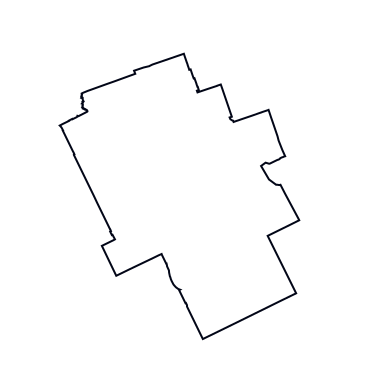 Hindmarsh, Victoria, Australia, rotated 154°
{"feature_id": "25037944B30828491037515", "entity_name": "Hindmarsh", "entity_type": "district", "adm_level": 2, "iso_a3": "AUS", "parent_name": "Australia", "parent_adm1": "Victoria", "projection": "orthographic", "projection_center": [141.947, -36.033], "detail": "fine", "context": "isolated", "style": "outline", "palette": "ink", "viewbox_px": 384, "rotation_deg": 154, "n_neighbors": 0, "source": "geoboundaries", "source_scale": "gbopen_adm2", "svg_char_len": 4174}
<svg xmlns="http://www.w3.org/2000/svg" viewBox="0 0 384 384"><g transform="rotate(154 192 192)"><path d="M108.0,119.6L108.0,121.2L109.1,150.0L109.3,159.7L110.4,159.9L112.7,161.5L113.2,161.6L117.3,169.5L118.5,185.1L113.0,186.1L110.3,183.6L109.6,183.4L101.1,183.4L100.2,183.2L98.9,183.2L97.8,183.7L96.1,183.7L95.1,183.5L93.9,183.5L92.6,183.3L92.4,190.0L91.6,200.3L90.7,204.6L89.5,214.0L88.6,221.3L88.3,223.9L87.2,232.2L87.3,232.2L93.3,233.0L104.6,234.3L116.4,235.8L119.0,236.1L121.1,236.4L123.0,236.6L123.9,236.7L123.7,238.0L123.8,238.1L124.3,238.4L125.6,240.6L125.5,242.5L123.2,242.2L123.1,243.1L119.5,271.7L119.0,276.0L123.0,276.5L123.1,276.4L124.4,276.6L132.5,277.7L143.4,279.1L143.2,280.9L141.2,280.7L140.7,284.0L141.0,284.1L140.7,286.8L140.6,287.0L140.3,289.5L139.9,293.2L140.7,293.3L140.3,296.9L139.9,299.9L139.8,300.6L139.5,302.8L140.9,303.0L140.8,303.7L140.7,304.4L140.6,304.9L140.3,307.7L140.1,308.6L140.0,309.4L140.0,309.6L139.9,310.1L139.9,310.4L139.9,310.6L139.0,317.8L138.7,319.8L154.2,321.7L171.7,323.9L174.9,323.9L175.1,323.8L180.9,325.1L190.9,326.4L191.2,323.1L196.7,323.7L213.7,325.5L221.4,326.4L241.6,328.6L246.2,328.9L247.9,328.9L247.9,328.7L248.0,328.5L248.2,328.4L248.3,328.3L248.3,328.2L248.2,328.1L248.1,327.9L248.1,327.7L248.3,327.4L248.5,327.3L248.7,327.2L248.8,327.1L249.0,327.0L249.2,326.9L249.3,326.8L249.4,326.7L249.2,326.5L249.2,326.4L249.3,326.2L249.5,326.0L249.6,325.9L249.3,325.9L249.2,325.8L249.2,325.7L249.1,325.3L249.1,325.2L249.0,324.9L249.3,324.7L249.5,324.8L249.8,324.7L249.5,324.4L249.4,324.3L249.3,324.2L249.2,324.1L249.3,323.9L249.4,323.6L249.6,323.4L249.7,323.0L249.7,322.7L249.8,322.4L249.9,322.2L249.8,321.9L249.7,321.7L249.8,321.5L250.0,321.6L250.3,321.4L250.3,321.2L250.2,320.8L250.1,320.7L250.3,320.6L250.6,320.7L250.8,320.8L251.0,320.9L251.1,320.6L251.1,320.4L251.1,320.2L251.3,320.1L251.7,319.9L252.0,319.8L252.2,319.7L251.9,319.4L251.8,319.2L251.6,319.1L251.6,318.8L251.7,318.6L251.8,318.4L251.9,318.2L252.0,318.2L252.4,317.9L252.4,317.7L252.5,317.5L252.5,317.4L252.8,317.3L252.9,317.2L252.8,316.8L252.8,316.7L253.0,316.4L253.0,316.2L253.3,316.1L253.2,316.0L253.1,315.9L253.1,315.7L253.3,315.6L253.2,315.5L253.1,315.4L253.0,315.2L252.8,315.1L252.7,315.0L252.7,314.9L252.8,314.9L253.0,314.8L253.3,314.6L253.2,314.5L253.1,314.4L252.8,314.2L252.7,313.9L252.3,313.8L252.1,313.8L252.0,313.7L251.8,313.5L251.6,313.3L251.5,313.1L251.5,312.9L251.7,312.7L251.1,312.3L250.9,312.2L250.9,311.8L251.0,311.6L251.1,311.2L251.0,310.8L250.8,310.7L250.5,310.8L250.5,310.5L250.7,310.2L251.1,310.1L260.9,309.9L261.6,310.7L262.4,309.9L262.6,309.8L265.1,309.8L267.6,309.8L267.6,310.2L271.4,310.1L271.4,309.8L278.9,309.8L280.5,309.7L281.7,309.7L281.3,308.4L281.0,307.0L280.9,303.9L281.2,303.9L281.2,299.4L281.2,294.4L281.2,289.3L281.2,289.1L281.2,283.6L281.2,282.2L281.2,280.2L281.1,279.8L281.2,277.4L281.5,277.4L281.8,277.4L281.9,277.2L281.9,270.6L281.9,265.7L281.9,265.0L281.9,264.4L281.9,264.1L281.9,262.9L281.9,261.1L281.9,260.4L281.9,260.0L281.9,259.4L281.9,258.8L281.9,257.5L281.9,257.3L281.9,254.0L281.9,247.1L281.9,246.8L281.9,245.4L281.9,243.6L281.9,239.4L281.9,239.0L281.9,237.8L281.9,235.5L281.9,231.4L282.0,224.8L282.0,224.2L282.0,220.7L282.0,218.6L282.0,213.8L282.0,213.3L282.0,211.0L282.0,206.4L282.0,205.8L282.0,204.7L282.0,201.2L282.0,199.3L282.0,196.4L282.0,194.5L282.0,194.4L281.9,194.4L281.9,194.1L281.9,193.9L282.0,193.9L282.0,193.1L282.0,192.9L282.0,192.3L282.9,192.3L282.9,188.4L282.5,188.4L282.2,188.4L282.0,183.2L283.7,183.1L284.3,183.1L284.7,183.1L286.2,183.1L289.2,183.1L289.7,183.1L290.5,183.1L292.1,183.1L292.9,183.1L293.6,183.1L294.1,183.1L294.8,183.1L296.6,183.1L296.7,166.4L296.8,149.9L289.3,149.9L281.8,149.9L256.1,149.7L252.9,149.7L249.7,149.7L246.5,149.6L246.6,148.8L246.6,146.2L246.6,138.7L246.3,138.7L246.6,137.3L247.0,136.1L247.1,131.8L247.1,131.7L247.3,131.1L247.9,129.6L248.9,125.7L248.8,125.1L249.2,123.0L249.3,120.9L249.2,117.0L248.8,115.4L248.2,113.4L246.9,110.9L245.6,109.5L246.6,109.5L246.6,106.4L246.6,103.1L246.6,94.9L246.1,94.9L246.1,92.4L246.7,91.3L246.7,84.6L246.7,55.1L214.7,55.1L159.4,55.3L142.8,55.3L143.2,119.4L117.6,119.5L108.0,119.6Z" fill="none" stroke="#020617" stroke-width="2"/></g></svg>